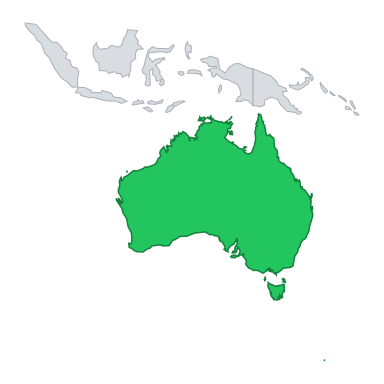 map of Australia with Papua New Guinea, Indonesia, East Timor and Solomon Islands greyed out
{"feature_id": "AUS", "entity_name": "Australia", "entity_type": "country or territory", "adm_level": 0, "iso_a3": "AUS", "parent_name": "Oceania", "parent_adm1": "", "projection": "robinson", "projection_center": [137.073, -32.4], "detail": "fine", "context": "with_neighbors", "style": "filled", "palette": "green", "viewbox_px": 384, "rotation_deg": 0, "n_neighbors": 4, "source": "natural_earth", "source_scale": "50m", "svg_char_len": 9968}
<svg xmlns="http://www.w3.org/2000/svg" viewBox="0 0 384 384"><path d="M252.8,68.7L270.7,75.8L276.8,81.5L277.6,84.9L285.9,88.4L287.1,91.3L282.5,92.0L283.6,95.7L288.0,99.4L291.2,105.4L294.0,105.2L293.8,107.7L297.6,108.7L296.1,109.8L301.4,112.1L300.8,113.8L297.5,114.2L296.3,112.7L287.0,111.2L280.4,104.5L277.8,99.6L271.4,97.1L264.1,100.6L264.7,104.7L260.8,106.7L252.9,105.5L252.8,68.7ZM308.8,72.3L312.7,76.5L313.3,79.4L311.7,80.9L309.6,75.4L304.6,71.1L301.0,69.5L302.4,68.1L308.8,72.3ZM304.1,87.0L298.8,89.7L296.1,89.7L289.2,86.5L289.6,84.7L294.1,85.5L296.8,85.1L297.6,82.4L298.3,82.2L298.8,85.2L301.6,84.8L305.8,80.9L305.3,77.5L308.3,77.4L309.3,78.4L309.2,81.5L307.5,84.9L304.9,85.4L304.1,87.0ZM321.3,84.2L327.5,90.9L326.8,92.5L325.4,93.1L323.3,90.9L321.1,87.3L320.1,83.0L320.8,82.5L321.3,84.2Z" fill="#d9dde1" stroke="#a8b0b8" stroke-width="1"/><path d="M252.8,68.7L252.9,105.5L248.5,100.9L243.4,99.7L242.2,101.3L235.9,101.5L238.0,96.9L241.2,95.3L239.9,89.2L237.5,84.5L227.8,79.7L223.7,79.2L216.2,74.0L214.8,76.7L212.8,77.2L211.7,75.2L211.7,72.7L207.9,69.9L213.2,67.9L216.8,68.0L216.4,66.5L209.1,66.5L207.1,63.1L202.6,62.1L200.5,59.3L207.3,57.9L209.8,56.1L217.8,58.4L220.0,69.6L225.2,73.0L229.3,67.0L235.1,63.6L239.5,63.6L247.4,67.6L252.8,68.7ZM173.1,104.2L173.7,107.0L170.5,111.3L166.2,112.5L165.6,111.8L168.2,106.5L173.1,104.2ZM219.0,92.9L218.5,88.7L220.4,84.7L221.5,86.4L221.5,89.1L219.0,92.9ZM137.6,30.6L134.7,35.7L138.4,41.1L137.5,43.7L143.1,48.9L137.1,49.6L135.5,53.4L135.7,58.5L130.9,62.4L130.8,68.0L128.9,76.7L128.2,74.6L122.5,77.2L120.5,73.7L117.0,73.4L114.5,71.6L108.6,73.6L106.7,70.9L99.4,70.6L98.6,63.0L96.1,61.4L93.6,56.6L92.9,51.6L93.5,46.4L96.5,42.7L97.3,46.4L100.7,49.6L104.0,48.5L107.1,48.9L110.1,46.0L112.5,45.5L117.2,47.1L121.2,45.9L123.8,38.1L125.8,36.1L127.5,29.7L137.6,30.6ZM194.8,69.8L200.3,71.5L202.1,75.8L197.9,73.5L187.5,73.2L188.7,70.1L194.8,69.8ZM182.4,75.4L178.9,74.4L178.0,71.9L183.0,71.7L184.3,73.5L182.4,75.4ZM187.6,41.7L188.0,44.8L190.9,45.3L191.4,47.6L191.1,52.5L188.6,52.0L187.8,55.4L189.9,58.4L188.5,59.1L186.4,55.5L185.0,48.3L186.0,43.8L187.6,41.7ZM156.4,48.3L168.4,48.8L173.3,44.7L174.2,46.0L170.2,51.6L166.4,52.7L161.6,51.6L149.0,52.7L148.3,56.9L152.7,61.9L155.4,59.4L164.7,57.5L164.3,60.1L162.1,59.2L160.0,62.6L155.6,64.7L160.3,72.0L159.4,73.9L163.9,80.4L163.9,84.2L161.3,85.8L159.3,83.8L161.7,79.2L156.8,81.4L155.6,79.8L156.2,77.6L152.6,74.3L152.9,68.8L149.6,70.5L150.3,85.2L147.2,86.0L145.0,84.4L146.4,79.2L145.6,73.7L143.5,73.7L142.0,69.8L144.0,66.1L147.2,53.1L148.2,50.8L152.5,46.6L156.4,48.3ZM149.9,111.9L143.3,108.0L147.9,106.9L152.3,110.3L152.0,111.8L149.9,111.9ZM155.0,102.2L158.3,101.8L162.8,99.7L162.1,102.8L154.6,104.4L148.0,103.8L147.9,101.7L151.9,100.5L155.0,102.2ZM139.7,101.2L142.8,100.8L144.0,103.2L132.2,105.0L133.8,101.8L136.6,101.7L137.9,99.7L139.7,101.2ZM90.9,90.3L91.6,92.3L101.2,92.8L102.2,90.5L111.5,93.2L113.4,96.9L120.8,97.9L127.0,101.3L121.3,103.4L115.8,101.1L106.2,100.9L92.1,97.2L90.0,97.9L80.9,95.5L80.0,93.1L75.4,92.7L78.7,87.3L84.8,87.6L90.9,90.3ZM70.1,60.1L71.0,64.1L72.7,67.2L76.4,67.7L78.9,71.3L77.7,78.3L77.6,87.0L72.1,87.2L67.8,82.4L61.3,77.8L55.4,69.8L49.0,57.7L44.6,53.0L41.4,43.7L36.9,40.1L34.3,35.3L30.6,32.1L25.5,25.9L25.1,23.0L36.0,24.4L51.6,42.1L56.6,42.2L60.8,46.1L63.6,50.8L67.4,53.4L65.4,58.0L68.3,60.0L70.1,60.1Z" fill="#d9dde1" stroke="#a8b0b8" stroke-width="1"/><path d="M173.1,104.2L173.6,102.9L177.9,101.6L182.9,100.7L184.8,101.4L173.7,107.0L173.1,104.2Z" fill="#d9dde1" stroke="#a8b0b8" stroke-width="1"/><path d="M357.5,113.2L358.9,115.1L355.4,115.1L353.6,111.6L357.5,113.2ZM355.5,108.2L354.7,109.3L351.1,104.4L350.1,101.0L351.8,101.0L355.5,108.2ZM351.3,109.8L346.3,109.3L345.3,108.4L345.7,106.2L348.9,107.1L351.3,109.8ZM345.4,99.3L346.8,102.2L338.4,95.9L339.1,95.3L345.4,99.3ZM330.1,91.3L335.0,95.5L334.0,95.8L331.9,94.5L329.9,92.2L330.1,91.3Z" fill="#d9dde1" stroke="#a8b0b8" stroke-width="1"/><path d="M263.5,121.5L263.1,123.5L264.6,125.4L266.3,135.0L267.3,135.7L269.8,134.4L270.7,135.8L273.8,138.4L274.4,146.7L276.0,149.3L276.7,149.5L277.7,153.6L277.2,157.2L278.7,158.8L278.9,161.2L282.6,163.5L284.0,163.4L285.5,165.7L290.5,168.6L291.0,169.7L290.1,170.2L293.7,175.9L294.8,180.7L295.4,180.5L296.1,181.4L296.4,179.2L298.9,181.4L299.3,180.3L300.0,181.5L300.3,186.5L301.7,188.3L305.0,190.2L310.0,197.6L310.0,199.1L311.1,200.6L310.6,207.6L312.6,213.5L312.7,215.9L309.5,226.6L308.8,231.5L306.8,235.0L306.3,237.2L304.8,239.0L303.1,239.8L300.4,243.7L300.3,245.6L298.2,248.8L297.8,251.7L294.7,256.4L293.0,265.9L290.9,267.3L283.4,268.2L278.5,272.3L275.5,272.7L276.0,273.6L276.6,273.3L276.3,275.0L275.2,273.4L274.2,273.6L273.5,272.3L271.7,271.6L272.4,270.8L272.2,269.9L271.3,269.9L269.7,271.4L268.6,270.5L269.5,270.5L270.5,269.1L269.5,268.0L267.2,269.3L268.4,269.7L263.1,273.2L258.2,270.7L254.8,270.1L253.4,270.6L251.5,269.0L248.6,268.0L245.8,264.3L246.2,261.0L245.6,259.4L242.1,254.9L243.6,255.1L243.6,253.8L240.0,255.3L238.4,255.1L240.0,251.8L239.9,250.3L238.0,247.0L236.1,252.5L232.3,253.0L232.9,251.2L234.7,251.2L235.2,246.9L237.3,243.6L236.9,241.5L237.6,240.9L236.6,238.0L236.6,239.4L234.0,243.9L230.2,246.2L227.7,249.8L228.0,251.6L227.2,250.9L226.5,251.3L224.0,249.3L224.5,248.8L225.6,249.3L224.5,245.8L222.1,241.8L220.1,241.3L219.1,239.0L219.7,238.9L219.7,237.8L217.0,235.9L214.9,235.8L212.7,234.5L210.1,234.8L205.0,231.9L194.5,233.1L186.9,236.2L180.2,236.4L174.8,239.7L172.4,240.5L169.2,245.6L162.8,246.0L162.3,245.3L159.2,245.0L151.9,245.9L150.1,248.1L147.6,248.7L142.9,252.0L136.5,251.6L134.0,250.5L131.8,248.4L129.2,247.5L128.8,243.3L130.6,244.0L131.9,241.5L131.5,233.0L128.1,226.6L126.6,218.6L122.9,212.6L122.0,208.5L117.6,201.9L118.3,202.2L118.4,201.3L119.7,204.0L120.9,203.7L120.9,202.7L118.5,199.2L118.7,198.6L120.1,199.9L120.2,201.6L120.8,200.9L121.6,202.7L122.1,203.1L122.6,202.5L122.5,200.0L118.3,192.0L118.5,188.8L119.7,186.3L119.8,183.4L119.2,181.9L120.7,177.6L121.1,177.3L121.4,181.0L122.5,180.2L124.0,177.3L127.6,175.4L133.5,170.6L137.0,171.0L143.5,168.4L145.2,166.9L147.5,167.2L154.4,164.7L156.0,163.1L158.4,158.4L160.8,156.3L159.8,153.1L160.3,150.8L163.7,146.8L166.8,153.0L166.8,150.2L168.0,150.7L168.2,149.5L166.3,147.1L166.9,146.7L166.8,145.6L167.4,145.4L168.1,146.5L169.0,145.9L172.6,146.6L170.8,146.0L171.9,143.6L171.2,144.2L170.6,143.0L170.9,141.5L171.5,141.5L172.1,140.3L173.9,141.2L174.0,140.4L173.2,140.5L172.8,139.6L173.8,138.7L175.4,139.4L174.4,137.1L176.4,135.8L176.6,134.5L176.8,136.1L177.6,135.7L178.0,136.6L178.6,135.9L178.7,132.9L179.8,134.0L180.5,133.2L181.3,134.0L182.9,131.6L185.7,133.2L189.4,137.3L188.8,140.6L189.2,140.0L189.7,140.4L189.3,139.0L191.2,137.4L193.6,138.1L194.4,139.6L194.7,138.0L196.5,139.5L196.5,137.9L197.5,137.7L196.3,136.7L196.8,136.2L195.2,135.3L196.8,133.0L197.4,130.7L199.5,129.1L199.0,127.2L200.2,125.7L201.2,125.4L201.3,124.2L202.5,124.9L202.5,123.8L204.6,122.2L205.3,123.3L209.3,122.8L210.1,123.4L210.6,122.5L211.6,122.5L211.4,119.8L207.2,117.8L207.9,117.1L208.8,117.9L209.7,117.4L211.4,119.0L212.8,118.4L213.9,120.1L220.1,122.1L221.6,121.7L223.1,122.9L224.0,123.0L227.5,120.8L226.4,123.0L227.9,122.8L228.3,124.2L229.2,124.2L229.2,122.5L230.6,121.5L232.6,123.7L230.6,126.2L230.8,127.4L230.2,128.7L229.4,128.2L227.5,129.1L227.7,132.7L225.0,137.3L225.2,138.3L229.4,141.9L231.4,142.6L231.8,143.8L232.9,143.7L236.3,145.7L239.0,148.4L242.8,149.4L243.9,151.9L247.8,154.0L250.1,153.5L251.7,152.3L254.6,144.8L255.7,139.0L255.0,131.9L255.8,128.9L255.7,127.1L257.3,125.9L256.0,124.5L256.1,123.8L257.0,121.6L257.4,122.1L258.5,115.8L259.9,114.5L260.7,114.7L260.4,115.4L261.5,116.8L262.0,120.8L263.5,121.5ZM268.2,283.6L270.8,284.1L275.5,286.3L277.3,285.8L277.9,286.3L278.6,285.4L280.7,285.4L283.1,284.2L284.2,284.6L284.4,292.2L283.9,290.8L282.9,292.4L282.3,294.7L282.5,297.5L281.6,297.8L281.0,296.7L281.7,296.2L280.7,295.7L280.1,296.8L279.5,295.4L279.2,297.8L278.1,297.5L278.4,298.1L277.4,300.0L273.7,299.6L273.5,298.7L274.5,298.3L272.9,298.2L271.3,296.2L270.1,292.3L271.3,293.7L271.5,293.0L270.7,291.8L270.3,292.1L270.3,291.1L268.3,287.6L267.9,285.3L268.2,283.6ZM201.2,118.2L204.4,117.2L205.8,118.6L202.9,121.4L200.7,119.6L200.0,117.2L201.2,118.2ZM235.7,255.8L237.2,255.8L238.1,256.5L236.0,256.7L235.0,257.7L231.7,257.5L230.7,256.7L231.2,255.9L234.4,255.0L235.6,255.2L235.7,255.8ZM231.4,132.0L232.3,131.9L231.6,133.5L232.6,134.1L232.3,134.7L229.6,134.3L230.0,132.3L231.2,131.2L231.4,132.0ZM310.8,199.4L310.3,198.3L310.7,196.3L311.6,195.2L311.3,194.1L311.8,193.7L312.2,195.6L310.8,199.4ZM283.5,278.5L284.8,279.7L284.9,280.8L283.9,281.3L282.4,279.1L283.5,278.5ZM199.6,118.0L201.2,120.7L198.4,120.6L199.6,118.0ZM264.7,280.5L264.3,279.3L265.1,277.5L265.7,279.6L264.7,280.5ZM246.2,147.3L244.8,148.1L243.5,148.5L244.2,147.0L245.6,146.6L246.2,147.3ZM117.6,201.1L116.4,199.6L116.3,198.2L117.6,201.1ZM284.9,281.5L285.5,282.2L285.2,282.5L283.4,281.9L284.9,281.5ZM301.2,186.9L302.2,186.9L302.1,188.3L301.2,186.9ZM278.5,157.0L278.8,157.9L278.5,158.4L277.6,157.1L278.5,157.0ZM279.3,298.1L279.4,299.4L278.5,299.0L279.3,298.1ZM312.6,209.0L312.2,210.5L312.1,208.8L312.6,209.0ZM211.0,117.8L210.5,116.3L210.9,115.9L211.2,117.1L211.0,117.8ZM231.6,117.2L230.5,118.6L231.8,116.2L231.6,117.2ZM312.2,208.3L311.9,207.3L312.2,206.7L312.4,206.7L312.2,208.3ZM233.3,143.1L232.6,142.7L232.9,142.1L233.2,142.5L233.3,143.1ZM229.3,131.9L228.5,132.0L229.0,131.2L229.3,131.9ZM127.3,170.7L127.1,171.8L126.8,171.8L127.3,170.7ZM259.0,114.5L258.6,114.8L258.3,114.1L258.7,113.8L259.0,114.5ZM272.2,270.6L271.5,270.9L271.2,270.8L271.3,270.4L272.2,270.6ZM324.6,360.0L324.1,361.0L324.8,359.5L324.6,360.0ZM230.2,119.0L228.8,119.9L230.3,118.8L230.2,119.0ZM174.5,135.7L174.0,136.4L174.3,135.6L174.5,135.7ZM280.0,297.9L279.4,297.5L279.7,297.0L279.9,297.2L280.0,297.9ZM245.5,150.5L244.7,150.5L245.1,150.0L245.5,150.5ZM171.7,140.7L171.3,141.1L171.2,140.2L171.7,140.7ZM270.9,271.1L271.6,271.7L270.5,271.5L270.9,271.1ZM296.0,179.1L295.7,179.1L295.9,178.5L296.0,179.1ZM268.6,282.7L268.4,283.1L268.2,282.5L268.6,282.7Z" fill="#22c55e" stroke="#15803d" stroke-width="1.5"/></svg>